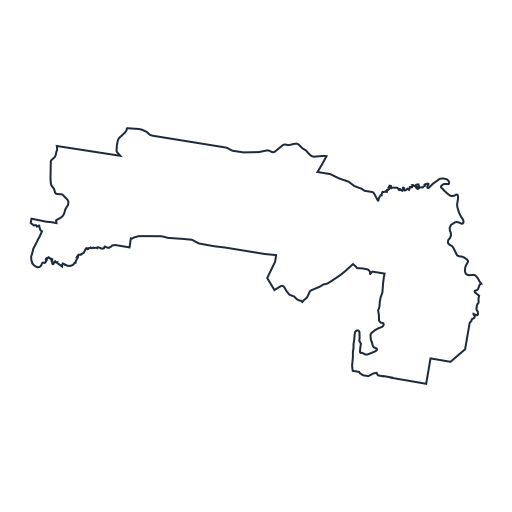 the district of Liverpool, New South Wales, Australia
{"feature_id": "25037944B81685478885528", "entity_name": "Liverpool", "entity_type": "district", "adm_level": 2, "iso_a3": "AUS", "parent_name": "Australia", "parent_adm1": "New South Wales", "projection": "albers", "projection_center": [150.793, -33.953], "detail": "fine", "context": "isolated", "style": "outline", "palette": "slate", "viewbox_px": 512, "rotation_deg": 0, "n_neighbors": 0, "source": "geoboundaries", "source_scale": "gbopen_adm2", "svg_char_len": 5982}
<svg xmlns="http://www.w3.org/2000/svg" viewBox="0 0 512 512"><path d="M267.2,278.0L274.4,290.0L280.9,286.1L281.9,285.8L283.0,286.1L284.2,287.1L286.5,291.1L289.2,294.4L290.1,295.0L294.2,296.5L296.5,298.9L298.4,300.2L300.8,300.7L302.3,302.0L303.6,300.4L306.6,297.9L308.0,295.6L309.9,291.3L311.0,290.4L319.5,286.8L323.4,284.5L327.3,283.6L331.8,280.8L339.9,275.4L345.5,270.9L353.0,264.1L355.9,266.6L357.2,268.2L362.6,268.4L367.9,269.5L369.2,270.7L370.1,271.9L370.2,272.8L369.7,274.5L372.4,271.6L384.6,273.6L383.9,276.9L383.1,283.1L382.4,292.5L380.7,297.2L379.8,301.5L379.5,306.3L379.0,308.2L378.1,310.5L378.9,315.0L379.0,320.1L379.4,321.3L380.7,322.6L383.3,323.2L383.7,324.9L383.0,326.1L381.8,327.0L378.4,328.3L374.6,330.4L371.2,333.3L370.5,334.9L370.8,339.4L371.2,340.9L371.8,341.9L372.8,346.0L373.9,347.3L376.7,348.6L377.0,349.6L376.3,350.6L374.7,351.6L367.8,354.4L365.5,354.6L362.2,352.8L360.8,353.0L360.2,352.6L360.0,351.6L360.2,348.5L360.9,343.7L359.3,340.9L359.6,337.6L359.5,332.5L359.2,331.5L358.5,330.6L357.7,330.4L356.6,330.6L355.8,331.1L355.0,332.4L354.7,334.2L354.2,339.7L353.5,344.3L353.5,348.2L352.9,351.8L352.9,356.9L352.1,365.8L352.7,370.8L359.1,371.9L360.0,373.3L363.1,375.3L368.4,376.1L373.2,373.5L376.6,372.8L377.2,374.2L378.1,375.4L383.7,376.4L383.8,376.1L391.6,377.5L391.4,377.8L426.2,383.8L430.5,358.4L450.5,361.8L465.1,349.3L469.7,322.7L471.2,321.3L471.9,319.2L474.3,317.9L474.7,316.4L474.3,315.2L473.5,314.5L473.5,313.9L476.4,315.2L477.2,315.2L477.9,314.5L477.9,311.8L476.6,309.8L476.5,308.7L476.9,305.3L477.3,304.3L478.1,303.4L478.6,302.4L478.5,298.3L479.1,295.7L474.8,292.3L474.6,291.3L475.0,290.7L476.8,290.2L478.0,289.2L479.6,284.8L480.4,284.0L481.3,283.8L479.5,281.4L478.0,278.5L476.2,276.2L475.2,275.4L474.2,274.9L469.0,275.2L467.4,274.8L465.9,273.9L465.2,272.2L464.9,270.0L465.3,267.2L465.9,265.5L468.0,261.8L467.9,260.7L467.0,259.5L464.4,257.7L462.4,256.7L459.2,256.3L457.1,255.4L453.6,248.3L452.4,246.4L449.2,244.5L448.1,243.2L447.9,241.6L448.4,239.8L450.1,237.9L451.0,235.4L450.8,232.9L449.9,230.7L449.7,227.6L451.1,224.9L455.0,222.3L457.0,222.0L458.9,222.5L461.8,223.8L463.0,223.4L463.5,222.3L463.3,220.3L462.2,218.3L461.0,216.7L459.0,212.6L457.3,206.9L457.1,204.4L458.0,198.6L458.0,196.6L457.6,195.0L456.8,194.5L456.3,194.5L454.7,195.5L453.6,195.8L452.1,196.1L450.4,195.8L448.1,194.2L444.2,190.7L442.9,189.1L441.3,187.7L440.9,186.9L441.6,185.5L443.3,184.3L444.9,183.9L448.5,184.1L449.0,183.6L449.1,182.6L448.6,180.9L446.8,179.3L443.7,178.5L440.0,178.7L433.2,183.5L428.9,187.7L428.2,188.1L427.6,187.9L427.3,187.2L427.4,186.2L428.5,184.3L428.4,183.8L427.9,183.6L425.0,184.3L424.6,184.7L425.0,185.5L424.9,185.9L423.6,186.5L422.7,187.5L421.0,187.3L419.9,187.5L417.8,189.0L416.6,188.3L415.8,186.9L416.2,186.7L418.9,187.2L419.1,186.9L418.5,184.4L416.4,184.6L414.7,186.2L412.9,185.0L412.2,185.0L412.3,186.4L412.1,187.2L411.8,187.4L410.8,186.9L409.8,187.1L409.6,188.6L409.0,189.8L407.7,188.6L407.0,188.9L406.4,189.9L404.5,190.5L403.9,189.9L404.2,189.1L404.1,188.1L403.2,187.6L402.8,188.1L402.9,190.0L402.3,190.8L400.9,190.0L399.7,190.1L399.3,189.7L400.1,189.5L400.0,189.0L399.1,188.9L398.6,189.4L398.0,188.4L397.2,187.8L393.5,187.6L391.7,187.8L391.2,188.2L390.8,187.6L390.9,186.0L389.6,185.7L388.4,187.9L389.1,188.7L388.9,189.3L388.2,189.9L386.9,190.0L386.3,190.7L386.4,191.0L387.0,191.0L386.8,192.0L384.8,191.7L383.5,192.0L382.7,191.8L382.4,192.0L381.6,194.2L381.7,195.2L380.9,195.1L380.5,195.4L378.9,198.0L378.6,199.1L378.6,199.9L378.1,200.6L377.6,200.2L374.8,194.7L373.3,192.5L372.0,192.0L364.6,190.8L361.5,188.7L354.4,186.1L348.6,181.7L338.5,178.2L330.3,174.1L317.5,172.0L321.9,164.6L326.5,156.2L323.8,155.9L313.6,156.7L311.6,156.1L309.6,154.5L306.0,150.5L302.3,148.2L298.7,144.6L296.7,143.6L294.0,143.9L289.5,145.0L288.2,145.1L285.4,144.5L283.3,144.8L274.8,151.7L273.4,152.2L272.3,152.2L268.9,150.6L267.0,150.4L258.8,152.1L243.6,152.4L232.3,150.7L226.7,147.7L225.0,147.4L152.6,135.7L150.0,134.9L146.5,131.8L142.0,129.7L138.7,129.0L127.2,128.2L126.9,128.4L126.5,130.3L125.9,131.4L124.7,132.8L119.1,138.0L117.9,140.1L116.9,145.3L116.5,150.8L117.1,152.2L120.3,155.8L56.8,146.0L57.1,148.3L57.1,149.8L56.5,151.4L55.7,155.1L54.8,157.0L51.4,160.1L50.8,161.2L50.5,177.6L50.8,183.4L51.6,185.9L54.0,188.8L55.1,192.6L55.7,193.4L56.9,194.0L61.4,194.3L62.5,194.6L67.6,199.9L68.4,201.8L68.1,204.8L65.4,209.2L65.0,210.3L64.5,212.5L63.5,214.8L62.5,216.2L60.9,217.6L56.3,220.1L56.1,220.6L56.5,223.1L50.9,222.1L46.2,221.7L31.5,218.7L30.7,223.0L33.7,225.4L35.9,225.1L37.0,226.6L38.9,225.5L39.2,225.6L39.4,226.9L40.2,229.7L41.1,230.8L42.0,231.3L39.0,237.9L38.0,239.3L37.1,241.5L33.3,248.7L32.0,254.1L31.1,256.6L31.4,260.4L32.4,263.5L33.9,265.2L35.8,266.5L37.4,267.2L39.4,267.1L40.5,266.3L41.5,264.8L42.1,263.1L42.7,262.7L43.6,262.6L44.7,263.0L45.1,262.6L46.1,261.3L45.8,259.8L46.9,259.7L46.8,259.0L46.3,258.5L47.1,257.8L48.1,258.0L48.7,257.3L50.6,258.9L50.8,258.6L51.2,258.7L51.7,259.6L52.2,259.4L52.2,260.4L51.7,260.5L51.5,261.0L52.3,262.4L52.3,263.5L52.9,264.2L53.4,264.0L53.7,263.2L53.6,262.5L54.7,262.4L54.7,261.5L55.2,261.3L55.6,262.1L56.9,262.1L56.6,262.5L62.1,266.5L62.3,264.6L62.8,263.5L64.0,263.9L64.4,264.4L65.0,264.5L65.3,265.0L65.9,265.0L67.8,265.9L70.6,265.9L73.0,264.8L74.1,263.7L74.4,262.9L75.0,262.6L75.6,262.7L76.0,260.6L78.0,257.1L78.1,256.1L77.3,256.4L77.7,255.7L78.6,254.7L80.3,254.8L80.8,254.4L81.4,254.5L81.7,253.8L83.6,252.9L85.8,249.0L85.7,248.8L86.2,248.2L87.1,248.2L87.3,248.5L87.2,249.0L87.7,249.2L88.2,249.0L88.8,248.1L90.1,248.0L90.5,247.5L91.9,248.2L93.1,247.6L93.9,248.0L96.5,247.7L97.1,248.1L98.0,247.2L98.6,247.6L100.2,247.8L101.1,248.5L102.8,248.7L104.0,248.1L104.3,247.1L104.9,246.5L106.0,247.2L108.8,247.9L111.1,246.6L112.4,245.3L114.1,245.3L115.1,245.0L129.5,247.4L130.9,238.3L132.1,238.5L134.2,237.4L138.9,236.1L160.1,236.2L162.9,236.5L168.0,237.9L182.9,238.9L191.4,239.7L193.1,240.3L198.4,243.3L200.2,243.7L214.6,246.3L224.9,247.5L264.7,254.0L276.1,255.1L275.1,261.8L267.2,278.0Z" fill="none" stroke="#1e293b" stroke-width="2"/></svg>